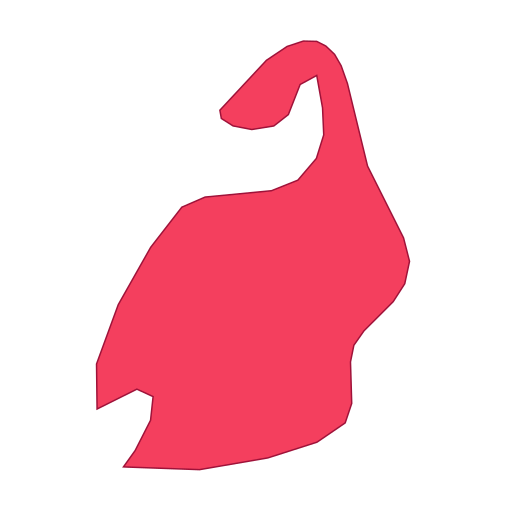 National Capital District, Mercator projection, rotated 93°
{"feature_id": "PNG-1254", "entity_name": "National Capital District", "entity_type": "Province", "adm_level": 1, "iso_a3": "PNG", "parent_name": "Papua New Guinea", "parent_adm1": "", "projection": "mercator", "projection_center": [147.167, -9.459], "detail": "fine", "context": "isolated", "style": "filled", "palette": "rose", "viewbox_px": 512, "rotation_deg": 93, "n_neighbors": 0, "source": "natural_earth", "source_scale": "10m", "svg_char_len": 724}
<svg xmlns="http://www.w3.org/2000/svg" viewBox="0 0 512 512"><g transform="rotate(93 256 256)"><path d="M473.5,377.3L456.6,366.5L425.6,352.7L401.8,351.4L395.2,368.0L417.1,406.7L372.2,409.6L311.8,391.0L252.8,361.6L211.1,332.6L199.8,309.9L190.0,244.0L178.1,218.2L155.4,200.8L131.5,194.7L104.6,197.3L72.5,204.8L82.4,220.9L113.1,231.1L125.2,245.0L129.9,266.8L127.3,285.7L120.5,297.8L112.3,299.7L60.0,255.8L45.1,235.9L38.9,220.0L38.5,206.6L42.7,197.2L50.5,188.1L61.6,180.9L79.0,173.7L160.4,149.3L230.2,109.6L253.3,102.4L275.9,106.0L294.4,116.6L325.0,144.2L340.0,153.6L356.8,156.1L398.2,152.7L418.0,158.2L438.7,185.3L457.0,233.6L472.3,301.2L473.5,373.7L473.5,377.3Z" fill="#f43f5e" stroke="#9f1239" stroke-width="1.5"/></g></svg>